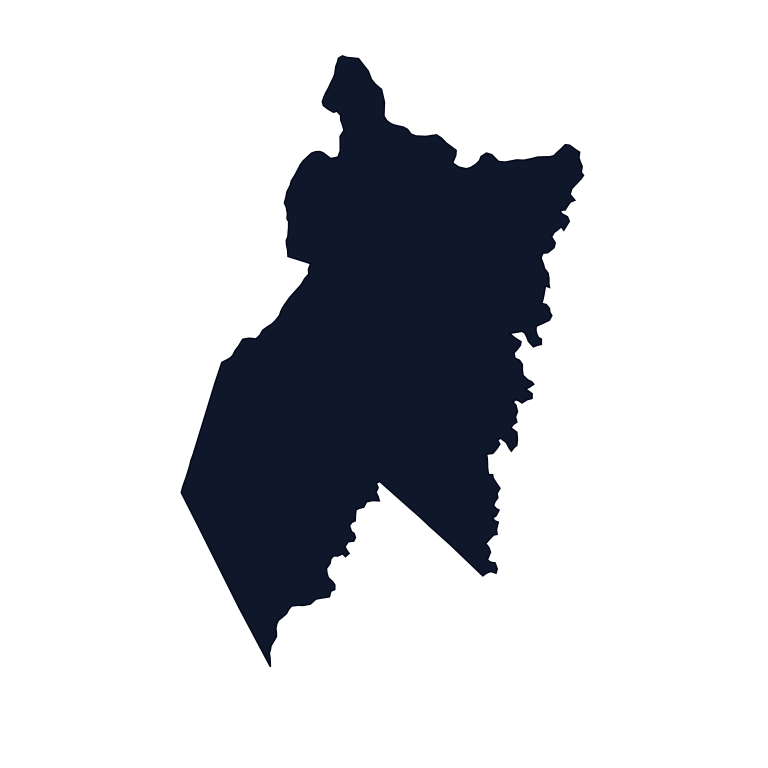 Assis Chateaubriand, Paraná, Brazil, rotated 17°
{"feature_id": "56859067B81023332218751", "entity_name": "Assis Chateaubriand", "entity_type": "district", "adm_level": 2, "iso_a3": "BRA", "parent_name": "Brazil", "parent_adm1": "Paraná", "projection": "mercator", "projection_center": [-53.556, -24.444], "detail": "fine", "context": "isolated", "style": "filled", "palette": "ink", "viewbox_px": 768, "rotation_deg": 17, "n_neighbors": 0, "source": "geoboundaries", "source_scale": "gbopen_adm2", "svg_char_len": 4084}
<svg xmlns="http://www.w3.org/2000/svg" viewBox="0 0 768 768"><g transform="rotate(17 384 384)"><path d="M487.4,102.1L484.9,106.9L481.7,112.3L479.8,116.0L475.9,118.3L470.4,120.1L464.3,122.2L460.2,124.8L455.2,127.6L452.2,129.2L445.4,130.9L435.0,136.4L428.4,137.7L420.0,133.2L414.4,133.2L410.3,138.1L410.0,142.6L407.8,146.7L403.7,151.6L399.9,154.1L392.2,154.7L385.0,152.6L385.8,144.4L384.7,139.5L378.1,137.1L373.1,135.4L367.1,132.0L361.3,130.4L351.7,135.0L341.9,137.5L336.8,137.1L332.0,133.6L327.5,132.7L317.7,133.4L313.5,132.8L309.4,131.2L305.6,127.8L302.0,114.3L299.4,109.8L295.5,103.0L288.3,100.0L283.0,96.5L277.5,89.4L264.5,80.3L260.2,81.1L256.4,81.9L252.7,82.6L248.3,82.4L245.1,85.9L245.4,89.5L245.1,94.7L246.3,101.6L246.1,105.6L244.9,112.7L244.5,116.4L243.2,122.6L242.6,127.6L242.5,132.2L244.7,135.5L250.2,137.5L256.1,138.9L259.3,136.9L264.0,139.8L265.5,144.3L268.2,147.9L271.6,153.1L269.6,160.0L271.2,164.8L274.0,173.8L273.6,180.5L267.2,184.0L258.2,180.7L254.8,180.5L250.8,181.8L247.2,184.4L241.6,194.0L239.9,198.7L239.0,204.0L237.5,211.4L236.0,216.9L236.3,221.1L235.0,228.7L235.6,233.6L235.8,239.9L238.8,243.4L241.8,249.1L242.9,254.3L245.4,256.7L247.0,262.2L249.0,271.2L248.6,275.3L250.2,279.6L252.7,284.1L254.9,290.1L278.6,290.3L278.2,296.2L279.9,300.9L277.4,306.4L275.7,313.4L273.6,317.9L271.2,323.0L268.4,329.2L265.9,336.8L264.6,341.3L264.1,344.9L264.1,348.8L261.5,355.4L259.0,359.8L255.8,363.4L252.2,368.2L251.1,373.5L248.4,378.3L242.2,379.5L238.9,380.9L235.8,382.6L233.8,390.5L231.9,395.5L231.0,400.9L229.0,404.5L225.8,407.7L222.6,410.8L222.1,432.1L222.1,452.3L222.1,507.1L221.7,513.7L222.1,518.5L222.1,530.6L221.6,540.2L221.9,547.2L247.7,573.9L262.2,589.2L310.6,640.1L358.1,687.7L355.1,679.3L353.0,674.8L353.0,671.1L352.5,667.5L355.0,657.0L353.7,653.0L352.1,649.5L351.6,645.0L352.1,640.9L355.3,636.2L357.8,632.3L358.8,627.4L360.5,623.3L366.5,620.7L371.5,619.4L377.9,616.0L381.7,609.7L385.1,607.8L394.0,603.5L393.8,597.6L397.0,595.0L395.7,590.5L392.8,588.2L387.4,585.5L385.0,582.0L382.9,577.4L384.9,571.2L384.3,566.7L386.1,563.1L390.1,562.0L394.2,558.4L397.5,560.4L400.2,556.2L397.5,554.3L394.2,551.0L395.9,545.3L401.0,543.1L401.6,539.2L399.1,535.7L396.0,534.6L392.4,529.7L393.5,525.9L396.5,523.2L395.0,517.7L394.0,512.4L396.7,510.1L400.6,507.7L401.8,501.7L407.4,498.7L413.7,497.1L411.4,493.6L408.0,489.9L408.7,485.0L405.5,480.9L408.5,478.5L442.6,494.1L457.4,500.8L469.8,506.9L494.4,518.3L534.6,538.6L537.5,534.7L541.1,532.0L546.4,532.2L546.4,527.8L542.5,522.6L538.2,523.3L534.3,522.0L535.0,513.7L532.0,509.6L527.9,506.9L530.9,500.3L533.0,496.3L536.1,494.7L534.1,490.3L533.9,486.3L533.7,482.7L530.2,482.5L526.9,480.5L529.7,477.3L530.9,470.9L527.5,470.3L524.3,468.2L524.5,464.2L526.1,459.5L524.1,455.6L525.4,449.8L521.1,446.5L516.0,442.1L514.4,439.0L510.4,440.1L507.6,434.0L506.1,429.4L504.5,424.9L502.6,421.1L508.3,418.6L510.6,413.5L512.4,407.7L509.2,404.6L511.0,401.6L518.0,404.2L522.1,408.3L525.4,411.0L527.0,406.7L528.9,403.8L527.9,398.3L525.2,391.3L518.2,388.9L519.4,385.0L522.2,381.6L519.3,377.0L519.7,371.3L516.4,365.8L512.6,363.5L514.7,360.4L518.1,360.7L521.5,361.8L525.4,357.2L529.8,354.5L528.5,350.0L520.9,347.3L524.1,344.5L527.3,340.4L524.5,338.6L520.4,338.1L514.5,335.1L512.2,330.2L510.6,324.9L506.7,321.7L501.7,321.0L499.2,316.3L501.2,312.2L503.1,307.1L502.6,303.5L495.4,301.5L489.2,298.9L496.4,295.4L500.6,293.2L503.8,294.1L507.2,297.7L509.6,300.9L516.0,304.8L519.2,302.2L522.9,300.1L521.3,295.0L518.1,294.4L515.4,291.5L513.6,288.2L512.7,284.3L518.9,278.8L523.4,274.7L524.5,269.6L521.5,266.7L520.1,263.4L516.0,260.6L511.3,260.8L511.3,256.7L510.8,251.4L509.7,243.0L514.0,243.2L512.1,239.3L511.0,235.2L508.5,230.1L503.9,226.8L501.3,222.7L497.3,217.6L497.6,212.5L502.2,210.5L506.7,204.0L506.5,199.0L501.2,194.3L502.4,189.3L504.5,186.5L507.6,181.7L511.0,184.4L513.6,174.2L510.6,170.5L504.2,169.2L501.7,166.4L506.3,164.6L507.4,160.5L509.0,155.5L512.8,152.5L506.5,148.3L506.5,142.2L512.4,130.3L513.8,126.2L510.8,124.0L509.9,118.0L506.7,114.2L504.2,110.6L503.3,105.1L500.1,104.3L491.7,101.4L487.4,102.1Z" fill="#0f172a" stroke="#020617" stroke-width="1.5"/></g></svg>